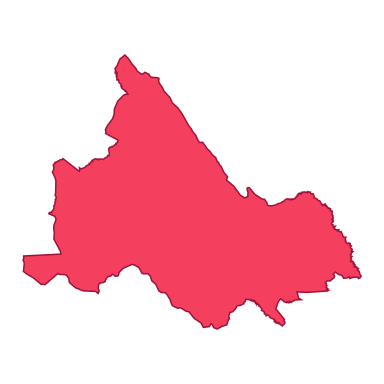 outline of Nong Yai, Chon Buri, Thailand
{"feature_id": "78962969B4010364825513", "entity_name": "Nong Yai", "entity_type": "district", "adm_level": 2, "iso_a3": "THA", "parent_name": "Thailand", "parent_adm1": "Chon Buri", "projection": "albers", "projection_center": [101.414, 13.153], "detail": "fine", "context": "isolated", "style": "filled", "palette": "rose", "viewbox_px": 384, "rotation_deg": 0, "n_neighbors": 0, "source": "geoboundaries", "source_scale": "gbopen_adm2", "svg_char_len": 5991}
<svg xmlns="http://www.w3.org/2000/svg" viewBox="0 0 384 384"><path d="M23.7,256.0L23.7,258.4L23.0,260.1L24.1,262.2L24.2,264.2L23.4,271.4L26.5,273.8L33.6,278.0L40.9,284.2L45.1,284.6L57.7,273.6L60.1,274.5L64.5,274.5L66.6,275.4L68.8,278.3L69.3,282.2L70.2,283.3L75.7,287.9L83.6,290.9L95.6,291.4L98.1,293.5L99.2,291.2L98.3,288.7L98.6,284.6L100.6,282.8L103.0,282.7L105.2,281.5L105.0,280.8L107.5,276.8L110.8,276.0L112.4,274.3L113.7,274.7L115.0,276.2L117.5,276.1L118.4,275.4L119.2,272.2L123.4,268.2L131.9,264.4L133.9,264.8L138.9,267.5L141.9,273.2L143.9,273.9L147.5,273.6L150.2,275.9L151.8,280.8L155.9,284.4L158.9,291.0L161.5,292.5L165.1,292.7L166.7,294.1L170.0,299.4L171.7,304.6L172.8,305.9L177.6,308.2L180.7,307.8L186.0,311.2L189.1,311.9L194.3,318.5L201.0,322.9L203.4,327.4L209.2,326.6L211.1,323.8L212.4,324.7L213.7,327.6L217.1,329.0L222.0,326.4L226.7,324.9L228.4,319.7L229.5,318.8L228.7,316.1L229.9,312.5L232.6,311.8L235.7,308.6L237.0,305.8L239.8,305.5L243.6,303.9L244.3,302.3L245.3,301.5L245.7,299.2L246.5,299.1L247.4,299.6L250.6,299.6L250.5,300.2L251.3,300.1L251.5,300.9L252.6,301.1L252.9,300.5L253.3,301.2L253.9,300.4L254.8,300.9L255.2,301.5L254.8,302.1L255.7,302.3L255.7,303.5L256.5,303.2L256.7,303.8L257.1,303.7L257.0,304.3L257.6,303.7L257.7,304.4L259.0,305.1L258.8,306.0L259.5,306.1L261.3,308.2L261.9,309.6L261.5,310.4L263.6,311.4L264.3,312.2L264.3,313.6L264.9,314.2L265.8,314.2L266.1,315.8L267.7,315.0L269.4,316.2L270.1,317.6L274.1,319.4L273.9,319.8L274.8,320.4L274.4,321.0L275.6,321.4L274.8,321.9L275.5,322.6L277.0,323.2L278.0,322.2L278.6,322.7L278.2,323.2L278.8,323.2L279.1,323.9L279.5,323.7L282.2,326.0L284.9,323.3L284.8,321.8L283.7,321.0L284.4,319.4L275.8,308.8L278.3,301.8L280.5,298.8L283.8,301.1L283.8,301.6L286.6,302.6L286.8,301.8L288.9,302.9L289.6,302.4L289.6,301.2L291.1,302.4L295.0,300.0L301.1,299.7L298.5,298.0L297.1,291.9L307.2,292.4L327.5,291.0L327.4,290.6L328.7,290.1L327.1,289.4L327.4,289.0L326.7,289.1L326.9,288.2L326.2,287.2L326.7,287.1L326.4,286.4L326.9,285.4L326.2,285.1L326.4,283.9L325.4,282.9L327.2,280.6L329.8,281.1L334.2,277.7L334.6,275.9L333.3,274.1L335.6,272.1L338.6,274.5L341.8,275.3L343.7,278.3L347.6,277.8L349.4,276.9L349.9,278.4L353.8,277.2L357.9,277.2L358.4,278.5L359.5,278.2L360.8,276.9L361.0,275.7L359.9,274.3L359.2,271.3L357.4,270.3L358.5,268.5L356.8,267.9L356.7,266.9L355.5,266.9L355.8,266.2L355.1,266.8L355.0,266.1L354.2,266.2L355.0,264.8L353.5,263.9L353.8,263.5L353.4,263.5L353.7,262.8L353.2,261.9L352.2,261.9L352.1,261.1L351.4,261.4L351.1,260.8L350.6,260.9L351.4,258.7L350.6,257.3L352.0,256.4L351.1,256.0L350.3,254.7L351.4,254.0L351.3,252.2L352.0,252.5L352.8,251.7L351.3,251.5L351.3,250.7L352.1,250.3L352.2,249.2L350.3,247.7L350.3,246.9L351.4,245.9L349.9,245.2L350.4,243.9L349.6,243.1L349.0,243.5L348.3,243.0L347.5,243.5L346.4,243.1L346.1,242.0L345.3,241.2L345.8,240.8L345.2,238.5L345.9,237.2L343.5,237.2L341.1,231.6L340.4,232.1L338.7,230.8L337.7,230.9L338.6,229.7L336.0,229.8L334.6,229.1L334.8,228.4L334.0,228.0L335.2,226.3L333.1,226.7L333.1,225.0L331.7,224.3L331.7,223.0L333.3,221.6L332.4,221.0L332.4,220.4L332.9,220.3L332.1,219.3L333.1,218.9L333.1,217.3L332.7,216.9L333.0,215.6L332.2,215.0L332.0,212.8L332.4,211.6L332.0,211.0L330.5,210.8L330.6,208.8L329.0,208.7L329.0,207.9L327.8,208.0L326.7,205.9L326.0,206.3L325.8,205.3L325.2,205.5L325.0,204.6L325.6,205.0L325.4,204.1L322.5,205.3L322.5,204.4L321.7,204.4L319.8,200.9L318.5,200.7L316.7,198.7L314.0,197.7L314.1,196.2L313.3,193.9L311.3,193.9L310.5,193.1L310.5,192.1L308.7,192.2L308.5,191.6L307.9,191.6L307.1,192.8L306.5,192.5L306.7,192.1L305.4,192.4L304.7,191.9L303.0,192.1L302.8,192.6L301.7,192.3L301.3,194.1L299.9,193.9L299.9,193.1L298.3,193.6L298.1,195.4L297.1,195.3L297.2,196.5L295.6,197.3L295.2,198.3L293.8,199.2L293.2,198.8L292.7,199.4L291.3,199.0L291.2,199.6L290.8,199.2L289.4,199.6L289.0,198.9L288.3,199.4L287.1,198.8L285.3,199.6L283.5,201.6L282.7,201.5L280.5,203.2L278.2,203.5L275.6,205.0L271.0,205.9L267.4,205.3L266.9,202.8L264.7,199.4L262.0,199.0L254.7,194.2L249.2,187.6L247.7,187.7L247.0,188.7L248.0,192.2L247.8,196.4L244.6,198.0L240.2,195.0L233.7,186.1L226.5,180.1L227.5,176.7L224.1,172.7L221.1,166.4L219.0,164.2L218.8,162.7L217.2,161.4L215.7,157.5L212.4,154.9L209.9,151.3L207.2,148.7L202.9,142.6L202.5,142.2L200.0,142.6L199.1,142.0L197.3,139.1L195.9,135.3L193.0,132.2L190.9,128.2L188.8,125.9L182.1,113.8L177.9,108.0L172.2,102.7L170.1,97.8L164.0,91.1L162.5,87.7L159.1,82.9L158.7,81.2L159.0,78.4L157.0,77.6L151.3,77.3L149.7,75.9L148.9,74.2L144.9,72.3L142.8,74.1L141.5,74.2L137.3,71.1L135.7,68.2L131.8,63.8L128.4,58.6L124.9,55.0L119.9,59.0L116.9,66.1L115.0,68.5L115.6,70.1L115.3,71.0L115.7,71.2L115.3,72.3L116.0,72.3L115.7,72.8L116.1,72.7L116.2,73.2L116.8,73.0L116.5,73.6L116.9,73.9L116.2,74.7L117.2,75.0L116.3,76.8L117.1,77.7L116.8,79.8L117.3,80.1L118.4,79.7L119.2,82.8L121.2,84.5L121.0,85.5L121.8,86.4L121.1,86.8L122.0,88.3L124.0,90.0L125.6,90.5L125.2,91.5L126.6,91.8L127.2,92.7L127.0,93.6L127.7,94.2L125.7,94.3L123.4,95.3L117.7,101.2L114.4,109.0L114.1,114.4L112.5,118.9L107.8,125.0L105.4,129.6L106.0,132.6L105.6,133.5L118.1,140.2L117.6,142.2L116.0,143.4L116.0,144.4L115.5,144.1L113.3,146.4L112.3,146.4L112.4,146.8L109.7,147.3L109.1,147.9L108.7,149.0L109.4,153.9L109.0,155.6L107.8,155.4L106.9,157.3L105.8,157.4L103.4,159.4L100.2,158.9L98.3,159.8L97.6,159.6L97.8,159.1L96.8,159.3L95.8,158.7L93.4,159.6L92.9,160.6L92.6,160.2L92.2,160.5L92.3,161.1L92.0,160.8L91.2,161.4L90.2,163.8L89.2,163.3L89.1,164.5L86.3,165.8L85.0,167.4L81.7,168.7L80.6,168.7L79.5,167.8L79.7,170.6L79.2,171.3L62.9,158.6L62.5,159.5L60.0,159.9L58.4,161.3L57.7,161.0L56.8,162.0L55.9,162.1L55.4,163.0L54.9,162.7L54.8,163.6L53.4,164.5L53.3,165.9L54.0,166.5L53.6,169.7L52.4,172.0L55.1,177.8L55.9,180.9L55.6,193.3L55.1,195.3L56.2,196.9L56.1,198.3L55.3,199.7L55.7,200.2L54.9,202.1L55.1,203.7L53.7,206.3L54.1,207.7L53.6,209.3L51.8,211.5L51.8,212.5L49.6,212.4L48.8,213.7L54.9,216.4L56.1,219.4L53.9,225.3L53.7,229.1L54.3,232.5L53.9,239.0L60.3,251.1L61.0,254.1L23.7,256.0Z" fill="#f43f5e" stroke="#9f1239" stroke-width="1.5"/></svg>